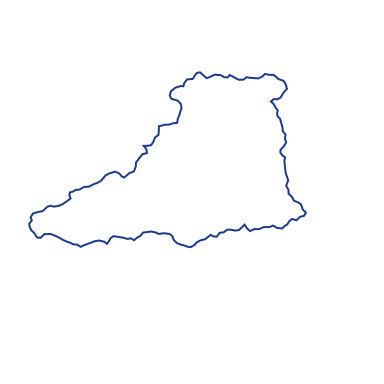 Igaratá, São Paulo, Brazil (Mercator projection), rotated 226°
{"feature_id": "56859067B80175749845974", "entity_name": "Igaratá", "entity_type": "district", "adm_level": 2, "iso_a3": "BRA", "parent_name": "Brazil", "parent_adm1": "São Paulo", "projection": "mercator", "projection_center": [-46.144, -23.122], "detail": "fine", "context": "isolated", "style": "outline", "palette": "blue", "viewbox_px": 384, "rotation_deg": 226, "n_neighbors": 0, "source": "geoboundaries", "source_scale": "gbopen_adm2", "svg_char_len": 2681}
<svg xmlns="http://www.w3.org/2000/svg" viewBox="0 0 384 384"><g transform="rotate(226 192 192)"><path d="M272.2,50.0L266.9,48.9L264.2,51.3L264.2,56.7L262.1,58.8L260.1,61.0L257.5,62.4L253.0,64.2L247.5,65.8L243.3,67.4L240.6,69.0L236.9,70.2L233.9,72.8L229.9,73.8L228.8,77.3L226.8,81.7L225.3,85.1L224.1,88.0L221.4,91.7L217.0,94.4L213.9,94.7L214.3,98.3L215.4,101.4L214.7,105.0L211.6,107.2L207.2,110.6L203.2,112.9L201.0,115.9L197.5,116.8L197.4,120.3L196.3,124.1L196.8,128.7L194.6,131.6L191.8,135.3L188.1,137.8L184.8,139.0L181.8,143.3L177.4,146.7L174.1,147.2L170.1,145.6L165.7,145.6L161.8,147.4L159.0,149.2L155.7,150.8L153.2,152.8L152.1,157.3L152.5,160.5L151.2,164.8L148.9,168.6L148.5,172.5L148.2,175.7L145.5,176.3L142.6,178.8L143.5,183.5L141.0,186.8L140.5,191.0L138.0,193.7L134.2,196.3L132.0,199.4L131.9,203.9L132.0,207.2L127.4,206.3L123.7,206.5L121.8,211.5L118.9,214.1L116.8,219.4L113.0,223.3L111.5,227.0L107.1,228.2L103.2,231.5L103.2,235.0L102.5,238.0L103.4,241.6L103.2,245.2L99.1,247.5L99.1,252.4L97.0,256.2L98.2,259.7L102.5,259.5L107.5,261.8L111.4,260.9L114.8,259.3L119.0,260.5L123.7,260.3L126.4,262.8L131.1,264.1L133.5,269.2L137.0,271.0L140.1,272.3L143.8,275.0L147.5,277.9L149.9,279.8L152.4,283.0L155.5,282.5L158.7,282.8L160.9,284.9L161.1,289.9L162.3,294.2L165.9,296.0L168.5,299.3L172.7,299.5L174.8,301.4L178.6,303.6L183.5,306.2L187.2,306.2L189.6,308.0L191.3,310.5L194.9,310.8L198.5,311.8L202.3,311.7L202.0,315.5L199.3,317.8L198.4,321.5L199.9,326.7L200.2,332.0L204.6,334.3L208.3,335.1L213.1,332.7L216.9,332.5L219.7,331.9L222.7,328.9L226.2,326.5L226.3,322.2L227.7,318.5L231.3,315.4L234.1,312.8L236.6,311.1L237.2,307.0L240.1,303.7L243.8,302.4L247.1,301.4L250.0,300.3L249.7,297.2L252.1,294.9L255.8,294.0L260.7,289.8L262.3,284.8L263.6,281.7L268.1,281.2L272.5,280.9L274.3,278.2L273.7,274.3L272.8,271.2L274.6,268.9L276.4,266.6L275.8,262.1L274.0,259.3L276.2,257.3L278.6,252.4L279.1,246.8L276.7,242.9L273.4,241.9L267.6,245.2L262.9,245.0L259.5,242.6L257.6,238.8L255.8,235.8L254.7,232.9L252.1,229.4L254.7,225.9L256.6,222.0L259.1,219.4L260.6,216.8L262.3,213.8L259.0,210.6L256.4,207.6L256.9,203.1L255.0,199.2L254.1,195.1L256.6,191.5L258.7,189.3L254.2,188.8L251.3,186.5L253.6,182.7L253.1,178.5L252.1,172.2L249.5,169.4L247.1,164.5L249.1,160.0L249.3,156.8L249.4,153.3L252.2,152.3L255.6,152.6L259.9,150.9L262.8,145.4L264.0,141.1L263.6,137.7L263.3,134.2L264.3,130.3L266.0,126.5L267.3,121.9L270.7,117.7L271.9,112.7L274.3,109.8L274.9,106.8L276.5,103.9L274.8,101.5L271.7,100.1L272.3,95.5L273.2,90.2L274.9,86.0L277.8,82.1L280.3,80.9L281.9,77.6L282.0,71.3L284.8,66.9L287.0,62.6L285.9,58.3L282.9,57.1L282.2,52.8L279.2,50.8L275.9,49.8L272.2,50.0Z" fill="none" stroke="#1e3a8a" stroke-width="2"/></g></svg>